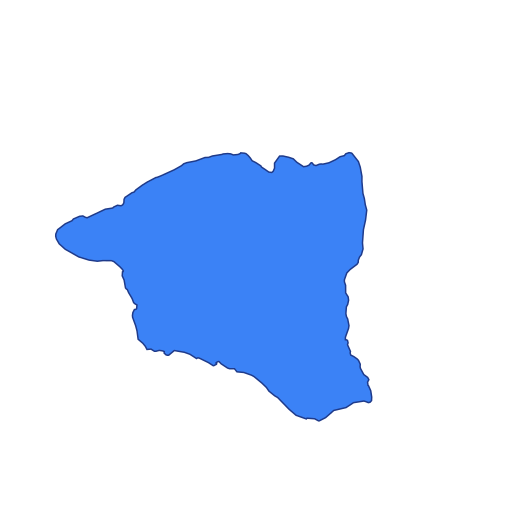 Hawaii, Hawaii, United States of America (Natural Earth projection), rotated 305°
{"feature_id": "52423323B10350916691509", "entity_name": "Hawaii", "entity_type": "district", "adm_level": 2, "iso_a3": "USA", "parent_name": "United States of America", "parent_adm1": "Hawaii", "projection": "natural_earth1", "projection_center": [-155.543, 19.595], "detail": "fine", "context": "isolated", "style": "filled", "palette": "blue", "viewbox_px": 512, "rotation_deg": 305, "n_neighbors": 0, "source": "geoboundaries", "source_scale": "gbopen_adm2", "svg_char_len": 3073}
<svg xmlns="http://www.w3.org/2000/svg" viewBox="0 0 512 512"><g transform="rotate(305 256 256)"><path d="M118.5,217.2L116.9,220.3L118.7,222.4L119.5,223.4L119.7,227.4L120.5,228.6L123.2,230.9L124.7,233.9L125.1,235.7L123.8,236.4L123.4,239.0L123.9,240.4L124.7,241.4L131.7,243.3L135.4,251.2L136.0,252.4L137.6,258.2L137.9,266.1L138.9,266.5L139.5,267.2L139.9,268.6L141.4,278.2L141.6,283.8L141.9,284.3L144.6,285.7L145.2,285.6L145.4,284.6L146.5,284.8L148.0,285.7L148.3,286.4L147.7,289.2L147.9,296.9L148.5,299.0L151.3,303.0L150.2,306.8L153.6,312.8L155.8,320.7L156.1,323.6L155.3,333.6L154.3,339.9L152.7,344.2L152.2,351.6L152.5,354.9L149.4,371.1L148.5,380.2L151.4,390.7L152.4,390.8L156.3,397.4L156.8,401.7L157.3,402.4L163.5,405.7L174.1,408.3L183.5,416.7L191.8,420.0L199.1,427.6L199.8,429.8L200.3,432.1L201.6,433.3L203.8,433.6L206.8,431.7L211.4,427.3L214.3,422.5L214.2,422.0L216.7,419.7L219.4,419.4L220.6,417.1L220.7,412.3L223.8,406.1L225.0,404.8L227.2,403.4L229.3,399.8L229.7,397.8L229.7,393.8L229.2,390.4L230.6,388.7L230.9,388.6L232.0,388.1L235.6,382.2L236.2,381.6L237.6,381.3L239.3,379.4L239.3,378.4L238.7,377.2L240.8,375.8L249.6,373.4L252.3,372.1L257.0,367.2L258.2,364.9L260.3,362.7L266.2,359.2L268.9,358.9L272.9,357.2L275.4,354.9L277.2,350.6L283.4,346.2L285.2,343.7L285.5,343.3L287.1,342.1L294.2,340.1L298.8,340.8L307.2,343.5L309.4,343.4L311.3,342.2L314.6,341.4L317.5,341.6L323.2,339.6L327.8,335.7L339.2,328.9L348.3,325.1L357.1,320.4L360.7,316.1L365.2,311.8L368.6,307.7L377.7,300.1L382.0,297.1L388.6,290.4L392.1,285.7L395.1,275.8L395.0,274.9L394.0,272.9L391.2,270.9L388.9,270.8L385.5,267.9L380.5,265.9L374.2,262.3L369.6,258.1L368.7,256.5L367.5,255.2L364.5,253.3L363.7,251.0L364.4,248.8L364.4,248.2L363.8,247.6L360.8,247.3L358.5,245.9L356.4,243.7L356.4,242.5L356.2,235.7L357.0,230.8L355.6,226.1L354.8,224.2L353.4,220.8L351.4,218.0L342.7,217.9L338.6,220.8L335.2,221.5L333.5,221.0L333.4,220.9L332.1,218.4L332.1,213.4L332.0,209.5L332.6,208.3L332.4,202.3L331.8,198.2L333.0,195.1L333.8,192.0L334.1,189.1L333.6,187.6L331.7,184.3L330.9,184.3L328.9,183.1L325.8,179.5L325.1,176.6L323.7,174.1L320.7,170.5L319.7,169.9L312.9,162.9L309.6,160.6L307.4,157.7L299.4,152.2L292.8,145.8L290.1,143.9L287.3,143.2L279.6,139.5L266.9,132.0L263.6,129.8L262.9,129.0L254.4,124.6L249.0,122.3L241.4,119.7L238.3,119.4L236.7,118.1L228.9,115.1L226.8,115.4L223.9,117.2L221.8,117.5L220.3,117.0L219.6,116.4L218.1,113.4L214.4,111.3L213.1,111.1L207.9,105.7L198.1,100.1L190.4,95.7L189.8,93.9L189.5,91.2L187.3,88.7L181.6,85.2L180.4,85.1L179.3,85.0L173.0,81.3L163.8,78.4L159.2,79.4L157.3,80.6L155.5,82.7L153.1,87.8L152.1,95.8L153.6,111.4L156.9,121.6L160.7,129.0L164.4,133.2L169.3,140.3L169.9,142.8L169.1,150.8L168.4,154.2L167.7,155.9L167.0,156.1L166.5,155.7L163.0,157.8L160.7,161.7L155.0,167.4L154.6,168.8L154.7,169.8L152.9,172.7L150.7,177.6L149.9,179.2L147.7,182.4L147.4,183.7L147.5,185.3L147.6,186.6L144.4,188.4L143.3,188.1L143.1,187.9L142.4,187.1L139.0,187.6L136.4,188.9L135.0,190.1L130.3,196.8L129.8,197.5L126.4,201.5L120.2,207.2L119.6,213.4L118.5,217.2Z" fill="#3b82f6" stroke="#1e3a8a" stroke-width="1.5"/></g></svg>